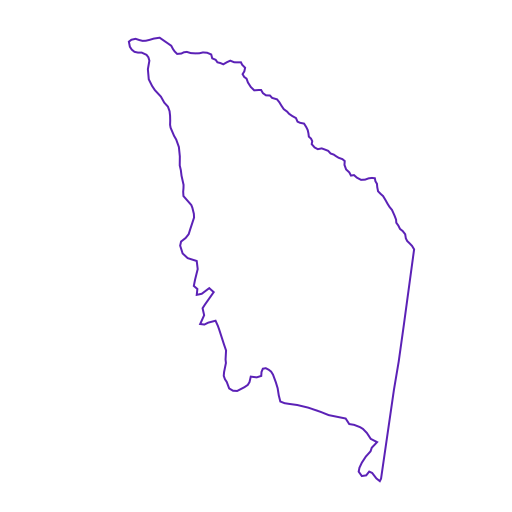 São João do Tigre, Paraíba, Brazil (Mercator projection), rotated 104°
{"feature_id": "56859067B66408797844540", "entity_name": "São João do Tigre", "entity_type": "district", "adm_level": 2, "iso_a3": "BRA", "parent_name": "Brazil", "parent_adm1": "Paraíba", "projection": "mercator", "projection_center": [-36.816, -8.117], "detail": "fine", "context": "isolated", "style": "outline", "palette": "violet", "viewbox_px": 512, "rotation_deg": 104, "n_neighbors": 0, "source": "geoboundaries", "source_scale": "gbopen_adm2", "svg_char_len": 2846}
<svg xmlns="http://www.w3.org/2000/svg" viewBox="0 0 512 512"><g transform="rotate(104 256 256)"><path d="M151.8,159.5L152.2,162.4L153.4,165.5L155.5,168.6L156.7,172.5L155.6,177.0L153.8,180.5L155.0,183.3L152.3,185.7L150.2,189.5L146.2,192.2L142.4,192.9L141.1,195.6L140.7,199.6L139.8,202.5L138.8,205.1L138.5,208.4L136.5,211.4L136.0,215.3L135.7,218.3L137.4,221.9L136.5,225.4L134.0,229.0L131.0,229.2L128.8,231.0L127.4,233.6L124.3,234.8L121.3,236.3L118.9,238.3L115.9,241.4L116.1,245.5L115.6,248.2L112.5,250.6L111.4,254.7L110.0,258.4L108.4,260.7L106.8,264.6L104.0,267.7L101.2,270.5L98.9,273.5L98.7,278.6L96.9,281.3L97.7,285.2L96.3,288.7L93.7,291.2L94.4,293.9L95.7,297.8L93.3,301.9L89.6,305.8L86.2,308.1L85.1,310.8L82.8,313.0L79.7,312.0L76.0,312.1L73.8,315.7L71.7,317.5L72.5,320.5L73.3,324.0L72.7,328.2L74.9,331.0L77.9,334.1L77.4,337.2L77.4,340.3L75.4,342.6L74.8,346.3L71.3,348.2L70.6,352.6L71.3,356.7L73.0,360.0L74.0,363.6L74.9,368.4L74.7,372.5L75.8,375.3L77.6,377.4L79.0,381.4L77.2,384.4L75.4,386.5L72.5,389.1L67.5,402.3L69.8,407.8L72.0,411.5L73.8,415.0L74.7,418.1L74.7,421.3L74.4,425.4L76.3,429.2L78.8,431.2L83.5,429.0L85.8,426.5L87.3,423.3L87.2,419.8L86.3,416.1L87.3,410.9L89.2,408.5L92.3,406.7L100.9,406.1L110.5,402.8L116.1,398.0L119.5,394.3L124.4,386.8L129.4,382.1L132.4,377.6L136.4,374.9L140.7,373.3L145.4,372.0L149.5,371.1L152.2,369.9L159.2,364.6L162.3,361.6L168.9,357.2L177.8,354.0L186.6,351.9L190.9,349.7L196.1,347.7L204.5,343.5L207.6,342.8L211.3,342.2L215.4,340.9L222.2,331.1L224.6,329.4L230.1,326.5L233.7,325.4L236.5,325.6L239.3,325.8L246.0,326.3L251.1,326.6L255.5,328.6L260.1,332.2L264.3,332.1L271.3,327.8L274.6,321.8L275.2,312.3L282.8,309.4L293.7,309.4L300.1,309.1L302.2,304.9L308.0,304.1L305.8,299.5L298.5,293.6L301.3,288.3L315.2,293.7L319.6,295.2L326.0,292.0L335.5,293.7L335.0,289.5L332.2,286.2L328.6,279.6L333.0,276.1L336.0,274.1L349.5,265.7L354.9,262.2L363.8,260.5L367.1,259.3L376.3,258.9L380.1,258.3L383.1,256.3L385.3,253.9L391.0,250.0L392.3,245.7L391.5,241.6L386.1,235.5L383.1,232.8L379.9,231.8L374.3,231.9L373.6,226.0L371.1,221.9L367.2,222.6L363.7,222.1L362.5,219.4L363.3,216.1L364.5,213.4L367.0,210.8L373.9,206.1L379.1,203.0L385.7,200.2L391.3,197.2L391.9,192.7L391.5,188.2L390.6,179.9L390.5,168.7L391.6,155.7L392.8,147.0L392.0,129.7L396.5,124.9L396.1,120.0L396.9,113.6L397.9,110.4L400.9,105.6L405.7,100.4L407.3,93.5L414.0,97.3L417.8,97.6L424.0,100.9L430.9,103.3L436.4,104.4L440.4,104.2L443.9,100.1L442.2,96.0L437.8,94.0L438.4,90.8L442.7,85.4L444.5,81.4L441.8,80.8L352.4,89.8L323.9,92.0L286.9,95.9L211.3,104.2L208.4,107.1L206.4,110.3L204.9,112.9L202.6,114.9L198.8,116.5L196.3,119.7L194.9,122.8L192.0,125.3L189.8,127.9L186.8,128.9L183.1,131.5L178.4,135.2L176.1,138.3L173.5,141.0L170.6,143.7L167.1,147.2L165.7,149.9L163.7,153.2L159.9,155.0L156.7,156.1L154.6,158.2L151.8,159.5Z" fill="none" stroke="#5b21b6" stroke-width="2"/></g></svg>